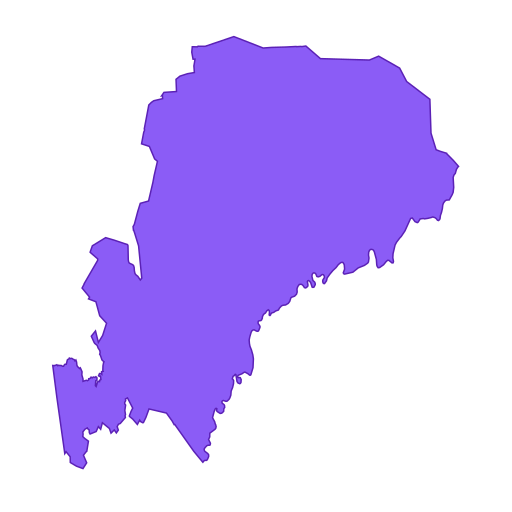 the district of Zvārtavas pag., Valkas, Latvia, rotated 92°
{"feature_id": "27541924B49399924673855", "entity_name": "Zvārtavas pag.", "entity_type": "district", "adm_level": 2, "iso_a3": "LVA", "parent_name": "Latvia", "parent_adm1": "Valkas", "projection": "robinson", "projection_center": [26.269, 57.593], "detail": "fine", "context": "isolated", "style": "filled", "palette": "violet", "viewbox_px": 512, "rotation_deg": 92, "n_neighbors": 0, "source": "geoboundaries", "source_scale": "gbopen_adm2", "svg_char_len": 6063}
<svg xmlns="http://www.w3.org/2000/svg" viewBox="0 0 512 512"><g transform="rotate(92 256 256)"><path d="M372.5,455.3L404.2,450.1L460.2,440.2L458.2,439.0L463.1,434.7L468.8,434.4L469.2,433.8L472.3,428.1L474.5,421.5L468.6,418.0L461.1,421.5L457.3,418.7L457.1,418.3L446.9,417.0L444.3,420.8L442.5,422.8L440.2,422.6L437.9,422.9L435.1,420.9L433.7,418.6L434.6,418.1L435.6,416.7L438.4,416.4L439.7,415.6L437.0,409.6L432.0,407.6L434.6,405.2L428.0,403.7L433.5,396.5L438.1,394.7L434.8,391.6L437.7,389.4L434.8,387.5L431.3,388.8L428.9,387.6L428.1,385.8L422.0,380.9L420.2,381.3L419.0,380.9L414.9,381.7L409.5,381.1L408.4,382.0L406.9,382.1L405.1,381.2L403.4,381.5L402.3,379.5L412.3,373.9L415.8,375.5L420.2,377.0L420.7,376.9L423.4,373.4L428.5,368.7L424.1,366.5L425.5,365.6L426.6,363.4L426.4,362.7L421.2,360.4L412.6,357.6L416.1,340.0L423.9,334.0L427.4,331.9L427.2,331.3L453.3,311.4L463.7,302.2L464.0,301.9L462.7,301.0L462.0,299.9L462.0,298.3L461.7,297.9L460.5,297.2L458.0,296.3L456.3,296.4L455.1,297.3L453.0,300.3L452.2,300.8L450.8,301.1L449.4,300.3L447.3,298.5L446.8,297.3L446.7,295.5L445.8,295.1L444.7,295.0L441.0,297.0L438.4,295.9L434.7,296.0L430.6,290.9L429.6,290.2L427.9,289.9L426.0,290.4L425.2,290.9L423.1,291.5L419.1,293.8L412.9,292.4L410.4,291.5L409.6,290.6L410.0,289.8L412.0,290.0L412.9,289.2L414.6,286.3L414.3,284.9L413.9,284.3L412.4,282.9L409.7,282.8L408.5,282.0L406.6,282.2L405.7,282.7L404.2,284.7L402.7,285.0L402.0,284.6L401.5,283.7L402.3,280.9L402.0,279.7L400.1,277.9L398.8,277.2L396.0,276.3L391.8,276.1L388.3,274.8L384.3,274.0L381.3,274.0L380.5,274.4L379.6,275.4L377.0,274.7L376.6,273.9L375.0,272.6L375.2,272.0L382.1,270.6L383.5,269.6L384.2,267.8L383.9,267.2L382.9,266.6L380.0,266.5L378.1,267.5L378.0,268.1L378.2,269.4L377.8,269.9L377.1,270.1L375.9,269.7L374.2,265.9L372.7,263.9L372.4,263.0L373.9,260.0L375.3,258.2L375.3,257.4L374.9,257.0L367.7,255.1L358.9,255.0L355.0,255.7L350.0,257.3L346.4,258.9L343.7,259.5L340.2,259.9L337.1,259.4L332.4,258.2L330.8,257.4L330.2,256.6L329.8,255.4L331.0,253.0L331.2,251.8L330.9,251.0L330.4,250.7L327.4,249.6L326.5,249.5L325.3,250.0L324.1,251.0L323.3,251.5L322.0,251.6L321.1,251.4L320.6,250.5L320.4,248.9L319.7,248.2L318.0,247.5L316.6,247.5L314.6,246.7L313.2,245.5L312.7,244.6L310.2,243.1L309.3,241.8L310.1,240.9L312.0,240.6L314.4,240.8L314.7,240.6L315.0,240.0L314.5,239.5L313.0,238.9L312.4,238.3L311.7,236.3L310.3,234.5L309.2,231.7L307.2,230.7L305.0,228.8L304.3,227.4L303.9,224.7L302.2,222.1L300.2,220.7L296.6,219.7L295.9,218.8L294.8,216.0L292.8,214.2L290.6,213.6L287.4,213.9L285.1,213.2L283.0,211.8L282.7,210.5L282.8,209.3L283.8,208.0L285.9,206.5L286.2,205.5L286.0,204.9L284.8,203.5L284.1,203.1L282.9,203.1L279.9,203.8L279.1,203.5L278.7,202.8L279.2,201.7L280.6,200.5L285.2,198.8L285.4,198.0L285.1,197.0L282.6,195.8L281.3,195.9L280.1,196.4L278.4,198.3L274.4,199.4L272.3,199.2L271.0,198.2L270.8,197.4L271.1,196.4L272.0,195.5L274.3,194.5L274.7,193.2L274.1,191.4L272.4,189.6L272.2,188.9L272.4,187.9L273.6,187.1L275.1,186.9L277.5,188.3L278.7,188.5L280.5,188.1L281.3,187.0L281.1,186.5L278.4,184.7L275.4,184.1L271.5,181.5L267.8,178.6L264.8,175.6L261.7,173.4L259.7,171.1L259.3,169.8L259.5,168.8L261.6,167.5L266.0,167.0L269.8,168.2L270.7,167.7L271.0,166.8L268.8,158.6L264.3,153.4L261.6,147.3L259.2,144.1L258.0,143.4L254.1,143.0L251.1,143.6L248.2,143.5L246.5,142.8L245.5,141.9L245.3,140.7L245.6,139.6L246.1,138.8L247.7,137.9L255.2,135.6L260.8,135.0L262.2,134.5L263.5,133.5L263.2,132.0L260.3,128.2L257.0,125.7L255.7,124.3L255.7,123.1L258.2,119.8L258.0,118.7L256.6,118.4L253.0,119.2L248.9,119.1L240.2,117.4L237.3,116.0L232.8,112.8L231.5,111.6L225.7,108.0L213.3,102.9L212.9,102.5L212.6,101.1L216.1,98.3L217.0,96.1L216.9,95.6L216.3,95.0L213.2,93.2L212.7,90.1L213.0,88.9L212.4,85.7L211.4,82.1L210.8,80.7L211.4,78.6L212.3,77.2L213.9,75.9L214.2,74.8L213.2,73.8L212.3,73.4L209.1,73.1L205.8,72.1L202.2,71.4L198.4,71.1L196.4,70.4L194.5,69.1L193.5,67.7L193.2,64.8L187.9,62.1L185.5,61.2L180.5,60.8L170.6,61.7L168.2,61.0L166.5,59.7L162.4,58.7L160.3,57.5L159.4,56.7L153.5,62.2L147.3,68.8L146.7,69.0L144.9,75.7L143.5,79.7L127.1,85.4L93.3,87.7L76.4,111.5L63.2,119.0L52.0,140.4L56.2,149.5L56.5,198.5L44.4,213.5L45.1,217.4L45.0,218.7L45.4,222.8L45.2,223.1L46.1,233.4L47.0,247.9L47.9,256.1L37.5,285.8L48.2,314.1L48.4,321.3L49.0,322.0L49.1,327.0L54.6,327.3L61.5,325.8L61.4,323.8L68.2,324.7L74.8,324.0L76.2,330.8L78.9,338.3L82.2,342.1L94.4,341.2L95.7,353.7L99.2,355.9L99.0,355.1L102.0,354.8L104.4,363.6L106.1,365.9L108.8,368.4L132.9,372.1L133.5,371.8L134.7,371.9L136.1,372.5L147.9,374.3L150.2,366.4L162.5,360.7L164.8,357.8L179.2,360.6L186.0,361.6L198.2,364.0L204.8,365.3L207.4,373.5L215.5,375.7L228.6,378.7L230.9,379.9L234.4,379.4L234.4,379.2L236.7,378.3L250.0,373.7L282.1,369.4L284.0,370.8L280.4,373.4L279.1,375.2L277.8,376.3L275.1,377.0L271.6,377.4L269.9,378.0L269.0,378.9L267.5,382.4L266.3,383.1L264.4,383.5L250.1,384.3L249.1,384.8L245.1,398.3L242.9,406.9L251.5,419.9L257.5,421.8L258.1,421.9L264.4,414.1L265.9,414.1L289.7,426.8L289.9,426.7L294.1,428.7L302.9,420.9L304.7,421.9L307.3,414.4L321.2,410.1L328.4,403.0L340.8,406.5L347.9,410.5L336.5,413.8L341.9,417.8L348.0,414.8L349.0,414.1L350.9,411.6L353.4,410.6L356.0,408.8L358.1,408.4L359.7,408.8L360.6,408.1L365.3,406.3L367.1,404.2L367.7,404.6L371.0,405.1L375.7,405.1L376.6,404.7L377.0,406.3L379.5,406.0L378.9,406.8L378.9,408.3L381.2,409.2L381.8,408.2L381.5,407.2L384.9,406.7L385.5,407.8L387.0,408.0L386.7,409.4L388.3,410.2L392.0,411.2L391.2,412.0L386.3,411.8L386.2,411.0L384.6,410.6L383.2,410.7L382.2,411.8L382.9,412.7L382.6,414.4L383.5,415.5L382.8,416.6L384.0,417.3L384.5,418.9L385.5,418.8L386.5,420.0L386.1,421.2L387.3,424.5L384.9,424.6L380.9,425.9L377.8,425.8L374.8,427.2L373.9,427.7L374.6,428.4L372.6,430.6L371.3,431.2L368.3,431.6L366.2,432.4L367.1,433.3L365.9,434.1L365.4,435.5L364.8,436.3L364.7,437.0L365.0,437.8L364.5,439.0L365.6,439.5L365.8,440.2L366.4,440.9L370.8,441.8L370.9,442.0L370.8,442.8L371.1,443.5L372.9,444.5L373.0,445.3L372.1,447.1L372.4,448.1L372.0,449.3L372.6,450.2L371.6,451.2L372.1,452.0L372.2,453.0L372.6,453.4L372.5,455.3Z" fill="#8b5cf6" stroke="#5b21b6" stroke-width="1.5"/></g></svg>